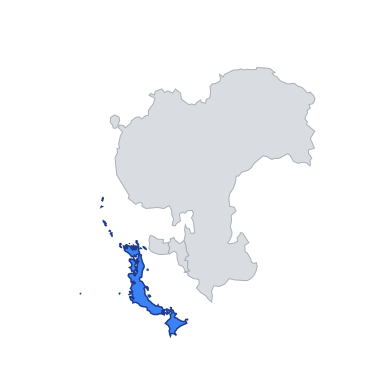 Japan shown with its bordering countries, rotated 110°
{"feature_id": "JPN", "entity_name": "Japan", "entity_type": "country or territory", "adm_level": 0, "iso_a3": "JPN", "parent_name": "Asia", "parent_adm1": "", "projection": "orthographic", "projection_center": [135.292, 34.888], "detail": "fine", "context": "with_neighbors", "style": "filled", "palette": "blue", "viewbox_px": 384, "rotation_deg": 110, "n_neighbors": 3, "source": "natural_earth", "source_scale": "50m", "svg_char_len": 9489}
<svg xmlns="http://www.w3.org/2000/svg" viewBox="0 0 384 384"><g transform="rotate(110 192 192)"><path d="M266.9,167.1L270.0,171.7L268.4,171.3L265.0,175.1L264.9,179.3L259.8,183.1L254.7,185.2L253.7,188.4L257.8,192.2L257.0,193.6L251.8,193.9L249.8,196.4L247.4,196.5L245.3,195.2L243.2,196.6L243.2,195.4L240.9,193.7L243.6,190.7L243.3,189.6L244.8,186.5L244.6,185.6L240.2,182.9L244.2,179.5L249.4,176.8L252.8,173.0L254.7,175.0L258.5,175.5L258.1,172.3L265.0,170.2L266.9,167.1Z" fill="#d9dde1" stroke="#a8b0b8" stroke-width="1"/><path d="M247.4,196.5L249.8,196.4L251.8,193.9L257.0,193.6L257.8,192.2L261.3,199.4L262.2,203.3L261.9,210.1L259.9,213.2L255.4,214.1L251.4,216.2L247.0,216.3L246.8,213.1L248.1,208.8L246.5,202.5L250.1,201.8L247.4,196.5Z" fill="#d9dde1" stroke="#a8b0b8" stroke-width="1"/><path d="M149.9,294.0L146.0,291.1L146.6,286.3L149.5,284.5L155.2,284.4L158.1,285.3L158.9,287.8L156.3,289.6L154.7,292.5L149.9,294.0ZM85.1,110.4L86.7,107.5L89.3,107.6L92.9,97.4L101.1,99.2L109.0,91.9L112.8,97.0L115.8,95.8L119.2,91.0L121.7,92.0L125.8,90.0L127.1,90.2L125.5,94.1L126.1,98.1L128.8,102.2L128.4,107.4L123.7,112.7L123.5,115.5L130.3,121.3L132.5,126.4L134.1,128.0L133.2,133.6L133.7,137.6L144.1,143.5L149.2,144.6L152.4,146.8L156.5,152.1L161.1,153.7L162.1,156.0L167.6,154.5L174.5,154.5L180.3,155.9L185.5,155.2L192.5,151.7L191.8,147.2L194.9,144.1L200.6,147.2L205.3,145.1L211.7,144.1L215.5,141.0L218.6,139.9L224.4,140.1L227.3,141.2L228.1,139.3L225.5,134.8L222.8,132.4L219.5,134.0L216.0,132.4L213.7,132.7L213.3,130.2L220.2,121.3L224.1,124.2L230.0,121.6L230.5,119.1L235.1,113.7L237.4,112.2L238.0,109.2L236.4,107.5L239.8,105.2L244.3,104.8L248.9,105.2L253.8,107.5L256.5,109.8L260.0,121.8L260.7,127.4L267.2,129.7L271.4,134.0L272.7,139.5L278.7,139.7L282.2,137.5L288.7,135.9L286.6,141.0L285.0,143.1L283.5,149.4L280.6,155.0L275.6,153.8L271.9,155.8L272.8,160.8L271.8,167.6L269.6,167.7L269.5,170.7L266.9,167.1L265.0,170.2L258.1,172.3L258.5,175.5L254.7,175.0L252.8,173.0L249.4,176.8L244.2,179.5L240.2,182.9L233.7,183.8L230.1,186.1L225.0,187.0L227.8,184.7L227.2,182.3L231.3,178.8L229.5,175.5L219.8,180.3L216.4,183.6L212.1,183.1L209.3,185.4L210.9,189.7L214.4,191.3L214.1,194.0L217.3,196.2L223.1,192.9L226.8,195.7L229.7,196.3L230.0,199.4L223.3,200.2L220.7,203.0L215.7,205.2L212.7,208.9L217.2,212.9L218.3,218.9L223.2,229.7L222.6,234.0L219.3,235.1L220.1,238.4L222.8,240.6L219.7,249.7L216.8,249.8L201.7,268.6L186.2,276.0L180.4,275.5L176.9,277.3L175.4,275.1L172.1,277.3L164.7,278.4L159.2,277.9L156.6,283.4L153.7,283.0L153.1,278.6L154.6,276.7L148.3,273.1L145.8,273.3L141.2,270.4L139.4,267.4L140.7,264.4L136.6,262.0L134.8,259.2L130.2,260.8L121.8,258.5L116.5,258.9L115.8,265.5L113.4,264.4L113.7,260.6L110.0,260.9L105.5,255.7L107.9,251.6L105.3,249.4L105.6,243.9L100.8,242.8L103.1,236.5L108.4,233.7L111.0,224.9L109.5,222.8L109.1,218.9L106.6,218.3L102.5,215.4L104.6,213.8L103.8,209.5L100.2,210.4L97.4,207.5L91.7,208.7L86.8,211.0L83.5,210.0L82.4,207.6L78.3,203.6L75.8,203.9L72.0,206.4L73.2,202.0L70.6,201.8L63.4,195.0L61.6,190.8L59.5,188.0L59.5,184.7L58.0,182.6L56.4,176.9L54.7,173.4L52.8,173.7L49.3,161.2L51.4,154.9L53.1,157.3L54.5,154.8L54.8,151.3L57.3,147.4L57.8,139.0L54.8,133.1L56.4,128.7L56.1,124.7L56.6,122.9L59.3,118.0L58.7,115.5L57.6,115.2L60.1,110.2L61.4,109.7L61.9,108.3L65.6,108.2L67.8,108.8L69.8,111.8L72.7,109.6L76.2,111.7L78.3,110.6L84.0,111.2L85.1,110.4Z" fill="#d9dde1" stroke="#a8b0b8" stroke-width="1"/><path d="M316.0,176.3L317.0,176.1L316.8,177.9L317.1,180.1L317.3,180.7L318.9,182.5L320.0,185.4L320.1,187.5L319.9,189.4L318.9,190.3L318.4,191.5L318.2,193.7L316.6,194.2L316.0,195.3L315.9,196.5L316.6,199.3L316.6,201.4L316.4,202.1L315.4,203.7L314.8,206.7L315.1,207.7L316.4,209.6L315.3,210.0L314.5,211.0L314.4,212.4L314.1,212.9L312.7,213.8L312.1,214.7L311.7,214.6L311.5,214.4L311.7,214.1L311.5,212.4L312.8,210.6L312.2,210.2L311.5,210.2L311.2,211.2L310.7,211.8L310.8,212.3L311.2,212.7L310.9,213.3L309.9,212.4L308.8,212.6L308.3,213.4L308.1,215.2L307.6,216.1L306.9,216.6L306.6,216.1L306.7,214.5L307.2,214.2L306.3,213.6L305.6,213.9L304.1,216.0L303.8,216.8L300.7,216.5L298.3,217.0L299.4,216.3L299.3,215.9L298.2,215.9L297.8,215.5L297.7,216.2L297.4,216.1L297.3,214.7L297.5,214.4L297.0,214.3L296.5,214.7L295.8,216.5L297.5,217.9L297.3,218.6L294.8,219.5L292.8,223.1L291.7,223.5L290.5,223.2L288.9,220.5L288.8,218.8L289.8,218.1L290.3,216.9L290.0,216.7L288.5,216.8L287.1,216.0L284.7,216.3L283.3,217.4L280.8,217.9L279.3,218.6L278.7,218.5L276.9,218.9L275.8,218.2L275.2,218.4L274.8,219.0L274.3,221.2L272.4,219.9L269.9,220.4L269.1,220.0L268.4,220.2L268.3,218.5L268.9,217.8L270.6,217.7L275.1,214.3L277.3,212.0L278.4,211.5L280.0,211.2L280.5,211.8L281.7,211.5L283.4,211.6L289.2,210.2L289.6,210.4L289.4,211.1L289.9,211.5L291.6,211.7L292.7,211.0L293.6,210.1L293.1,208.8L293.4,208.0L296.4,204.3L296.6,203.1L296.4,201.6L297.0,200.5L299.2,199.7L299.3,200.2L297.3,202.1L297.8,202.6L297.9,203.7L299.0,204.2L299.4,204.1L300.2,203.0L304.0,201.3L305.4,199.8L306.5,197.6L308.6,196.0L309.2,193.6L310.4,191.3L310.8,189.2L311.3,188.1L311.4,186.9L311.0,185.5L309.8,185.2L310.6,184.6L311.0,183.1L310.5,181.6L310.6,180.7L312.0,179.6L312.2,178.7L312.0,177.8L312.3,177.4L313.4,177.5L313.7,179.3L314.1,179.6L314.8,178.9L315.7,179.2L316.1,178.6L316.1,177.3L315.9,177.1L314.2,177.8L314.1,177.1L314.6,175.6L316.0,176.3ZM325.7,159.5L326.9,159.5L328.6,160.3L329.6,160.3L330.2,159.9L332.0,157.7L331.4,160.5L331.3,161.1L331.6,161.7L332.7,163.7L333.3,163.7L334.0,163.0L334.7,163.0L333.9,163.6L333.4,164.3L332.8,164.4L331.1,165.6L329.9,166.0L328.0,166.0L327.1,166.7L325.6,168.5L325.1,169.6L324.7,171.5L324.5,172.1L321.2,170.8L318.2,169.1L316.3,169.4L314.5,170.7L313.2,169.6L312.2,169.6L311.7,170.3L311.7,171.2L312.6,172.1L313.5,172.1L315.5,173.8L314.8,174.3L313.3,173.9L311.7,176.1L311.2,176.3L310.7,176.0L310.5,175.4L310.9,173.4L310.6,172.5L309.5,171.4L309.6,169.6L309.7,169.2L310.6,168.6L311.9,167.3L312.1,166.7L311.7,166.1L311.6,165.3L312.0,165.0L313.5,165.7L314.8,165.8L315.5,165.7L315.8,165.2L315.8,163.0L316.6,160.8L316.6,159.4L316.9,158.1L316.9,156.7L316.5,155.4L315.9,154.2L316.1,152.8L317.1,152.1L321.5,156.7L325.7,159.5ZM269.0,222.0L270.5,222.7L271.5,222.2L272.1,222.5L272.1,223.1L271.2,224.5L273.0,224.6L272.7,225.4L273.2,225.9L273.0,226.3L273.4,226.8L271.7,229.2L270.6,232.6L270.5,233.9L269.8,235.4L268.5,235.2L268.3,235.5L268.6,236.3L266.5,237.6L267.1,236.1L266.7,234.3L267.2,234.0L267.1,233.5L266.5,233.4L266.0,234.3L265.8,235.3L266.3,236.1L266.0,236.6L264.1,235.8L263.9,235.1L264.6,234.9L264.8,234.0L264.2,233.0L264.3,231.1L265.3,230.4L266.7,228.1L266.0,227.9L266.3,227.4L266.2,226.9L265.5,225.3L264.8,224.7L264.2,225.1L264.4,226.6L265.2,226.7L265.2,227.6L264.7,227.7L263.8,227.1L262.3,228.2L262.7,227.3L262.0,226.4L262.0,225.3L262.7,226.3L263.5,226.6L263.1,225.6L261.6,224.2L261.8,223.6L262.9,223.8L262.9,223.1L264.6,222.2L265.6,222.1L266.2,220.9L267.4,220.4L268.5,220.8L269.0,222.0ZM285.2,219.0L286.5,219.2L286.7,221.4L287.0,221.6L285.2,222.8L284.6,223.8L284.3,224.9L283.2,223.7L281.6,223.3L279.9,224.2L279.1,225.8L278.5,226.4L278.3,227.2L277.4,227.7L276.6,227.6L276.9,226.8L275.9,226.7L275.9,226.2L275.6,225.9L276.0,224.5L275.5,224.3L275.6,223.7L273.7,224.2L276.7,222.2L277.5,220.4L278.2,219.8L279.2,220.8L279.5,220.8L281.4,220.3L281.7,219.7L281.5,219.0L282.0,219.1L283.2,218.4L283.8,218.4L285.2,219.0ZM252.8,262.4L250.6,263.5L250.8,264.2L250.2,264.5L250.2,265.1L249.4,265.4L249.9,263.5L251.1,262.6L250.8,262.4L250.9,262.0L251.9,262.2L252.8,261.1L253.2,261.5L252.8,262.4ZM304.0,197.8L303.4,197.7L303.7,197.6L303.8,196.9L303.5,196.8L303.5,196.3L304.6,194.8L304.4,196.3L305.0,196.3L304.6,197.3L304.0,197.8ZM259.5,253.3L259.0,254.2L258.0,253.4L260.7,252.0L260.8,252.5L259.5,253.3ZM264.4,229.7L263.4,230.5L263.2,230.2L263.5,229.9L263.3,229.6L263.5,228.5L264.3,228.5L264.4,229.7ZM288.0,218.8L287.5,219.3L287.0,219.3L286.7,218.8L287.5,217.7L288.3,217.3L287.9,218.2L288.0,218.8ZM266.0,242.0L265.1,241.9L264.8,241.2L265.4,240.8L266.1,241.2L266.3,241.4L266.0,242.0ZM261.5,216.5L260.9,217.9L260.5,217.5L260.8,216.1L261.5,215.6L261.5,216.5ZM267.7,241.3L267.3,241.3L267.3,241.0L268.3,238.8L268.3,239.9L267.7,241.3ZM256.9,226.6L257.8,226.8L258.0,227.5L257.0,227.7L256.8,227.3L256.9,226.6ZM260.4,218.9L260.1,219.1L260.0,218.8L260.2,217.7L260.8,218.0L260.4,218.9ZM228.8,274.0L227.7,273.8L227.7,273.7L228.3,273.2L229.1,273.6L228.8,274.0ZM280.6,207.4L280.0,207.6L279.7,207.2L279.8,206.9L280.3,206.6L280.6,207.4ZM259.0,226.4L258.6,225.7L259.3,224.7L259.6,225.5L259.0,226.4ZM231.1,272.5L230.7,273.8L230.2,273.8L229.9,273.2L230.6,273.2L231.1,272.5ZM256.9,256.4L256.4,256.3L256.5,255.4L256.8,255.3L256.9,256.4ZM314.8,154.3L314.0,154.3L314.0,154.0L314.5,153.9L314.8,154.3ZM265.3,229.2L264.9,229.2L264.6,229.0L265.3,228.6L265.7,228.7L265.3,229.2ZM308.1,172.6L307.9,172.6L307.8,171.9L308.4,171.7L308.1,172.6ZM274.7,220.6L275.2,220.8L275.8,220.8L275.4,221.2L274.6,221.0L274.7,220.6ZM313.6,152.6L313.5,153.7L313.2,152.6L313.6,152.6ZM261.2,224.3L260.6,224.5L261.1,223.6L261.6,223.5L261.2,224.3ZM237.2,272.2L236.3,272.2L236.4,271.4L236.7,271.8L237.2,272.2ZM262.8,221.3L262.5,221.5L262.2,221.3L262.5,220.6L262.8,221.3ZM285.3,217.4L284.7,218.0L284.3,217.4L285.0,217.3L285.3,217.4ZM258.7,254.3L258.3,254.3L258.1,253.7L258.4,253.8L258.7,254.3ZM309.9,215.8L309.9,216.1L309.6,216.0L309.5,215.5L309.9,215.8ZM262.2,232.8L261.6,233.6L261.8,233.2L262.2,232.8ZM276.3,219.3L276.3,219.9L275.9,219.8L276.3,219.3ZM312.2,225.6L311.9,225.5L311.9,225.2L312.4,225.3L312.2,225.6ZM325.8,262.1L325.9,262.7L325.6,262.1L325.8,262.1Z" fill="#3b82f6" stroke="#1e3a8a" stroke-width="1.5"/></g></svg>